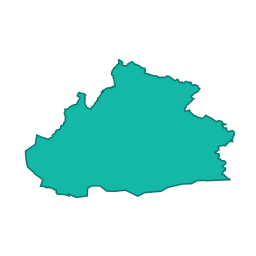 the district of Cengel, Bayan-Ölgiy, Mongolia, rotated 173°
{"feature_id": "93677404B33913875876720", "entity_name": "Cengel", "entity_type": "district", "adm_level": 2, "iso_a3": "MNG", "parent_name": "Mongolia", "parent_adm1": "Bayan-Ölgiy", "projection": "natural_earth1", "projection_center": [88.102, 48.774], "detail": "fine", "context": "isolated", "style": "filled", "palette": "teal", "viewbox_px": 256, "rotation_deg": 173, "n_neighbors": 0, "source": "geoboundaries", "source_scale": "gbopen_adm2", "svg_char_len": 5748}
<svg xmlns="http://www.w3.org/2000/svg" viewBox="0 0 256 256"><g transform="rotate(173 128 128)"><path d="M129.1,196.7L129.1,193.0L130.1,192.7L131.9,191.3L132.7,190.4L134.5,189.2L135.4,187.9L136.6,186.9L136.9,185.8L137.1,185.6L137.6,184.4L137.7,183.1L137.5,182.6L137.4,182.2L136.3,181.3L136.1,180.8L136.6,179.5L136.0,178.4L136.0,173.4L135.4,172.3L135.7,170.6L137.0,171.3L137.7,171.2L138.9,170.7L138.7,170.3L138.2,170.2L138.6,169.7L138.5,170.0L139.4,170.4L139.7,170.4L140.4,169.5L140.6,169.8L140.3,169.9L140.9,170.3L144.6,169.9L147.3,168.5L147.5,167.7L148.3,166.4L148.6,166.7L147.7,168.5L148.4,168.4L149.1,167.6L149.8,167.1L150.6,164.5L151.4,163.9L152.3,162.5L153.7,161.6L154.2,161.6L154.5,160.6L154.5,159.3L155.3,159.3L155.9,158.0L156.9,157.3L156.8,157.6L157.1,157.5L157.3,156.8L158.1,156.1L158.4,155.4L159.0,154.9L159.8,153.9L161.4,153.4L161.7,152.7L162.5,151.7L162.5,151.3L162.9,151.2L163.8,151.7L164.4,152.4L165.7,152.5L166.6,153.9L167.2,155.7L167.8,156.6L167.7,157.9L168.0,159.1L168.0,159.5L167.7,159.7L167.6,160.4L167.3,160.7L167.0,162.3L167.3,162.9L167.1,163.5L167.2,164.4L166.4,165.1L166.1,166.1L166.6,166.6L167.9,167.6L169.9,167.9L171.1,168.5L171.6,169.2L172.8,168.8L173.7,167.8L174.3,166.6L174.4,165.8L172.6,164.7L172.1,164.0L172.0,163.3L175.4,159.4L175.2,157.9L175.6,157.7L176.0,157.9L177.1,157.6L178.4,157.6L181.3,156.9L183.5,155.8L185.2,154.2L188.4,154.2L188.2,152.6L188.6,151.9L189.2,151.3L189.4,150.7L189.3,150.3L189.4,149.8L189.0,148.9L189.1,147.9L188.8,147.7L188.4,146.6L188.9,145.8L188.9,145.4L189.2,144.6L189.2,143.9L189.4,143.4L189.3,142.5L189.6,142.1L190.8,141.5L191.4,140.4L191.2,139.6L191.9,138.7L193.6,138.7L194.1,138.3L194.8,137.2L194.7,136.1L195.0,135.7L195.8,135.2L197.2,134.8L197.9,134.8L199.4,134.5L200.3,133.2L200.4,132.4L202.1,131.1L202.9,130.9L203.9,130.0L204.1,129.8L203.9,128.8L204.0,128.4L204.8,127.9L206.3,127.6L208.6,126.5L214.6,129.3L219.3,132.2L222.0,123.0L232.6,117.6L233.0,108.1L232.4,101.5L227.3,95.9L226.3,94.1L218.9,87.0L222.0,80.7L220.0,80.6L217.9,80.0L217.5,79.4L216.3,78.6L215.6,78.6L214.3,79.2L213.5,78.3L211.6,78.0L208.8,76.2L208.1,75.4L207.4,75.3L207.1,75.0L206.6,74.9L206.6,74.4L207.2,73.2L206.9,71.9L206.4,71.2L205.0,70.5L201.8,70.3L196.8,68.9L194.6,67.7L194.8,69.5L187.8,65.4L176.7,65.6L175.4,73.2L170.9,74.9L163.1,74.1L156.8,68.0L149.0,66.8L138.1,66.6L126.6,59.2L119.3,61.8L102.9,61.2L95.7,64.2L80.7,65.8L71.8,65.0L66.0,67.4L58.2,66.6L57.3,66.2L33.3,64.3L34.1,65.6L35.0,65.0L35.6,65.1L36.0,65.8L35.9,66.8L37.1,68.2L37.6,68.4L37.6,68.7L38.7,70.2L40.2,70.3L40.4,70.7L40.3,71.5L39.1,72.3L39.0,73.1L38.6,73.7L37.9,74.0L37.5,73.8L36.8,73.9L36.7,74.6L36.2,75.1L36.4,75.4L36.3,76.1L36.9,76.9L37.7,76.9L38.4,77.4L38.5,77.9L38.8,78.2L38.4,78.7L38.4,79.3L38.1,79.5L37.1,79.6L36.1,80.1L35.8,80.5L35.8,81.0L35.1,81.8L35.4,82.1L35.6,83.0L36.4,83.6L38.0,84.0L38.6,83.8L39.3,83.8L39.9,85.8L41.3,85.9L41.7,86.3L41.7,86.6L42.5,86.9L42.4,87.3L41.6,87.7L40.7,89.1L40.8,89.6L41.4,90.1L40.7,90.4L40.8,90.8L41.2,91.3L42.8,91.9L43.1,92.3L44.4,92.3L44.9,93.0L44.3,93.9L43.1,94.2L42.3,94.1L41.3,94.9L40.4,95.3L40.5,96.0L40.3,96.9L41.0,98.1L40.6,98.7L38.8,98.9L38.3,99.2L37.9,99.0L36.5,98.9L35.4,99.2L34.6,99.0L33.3,98.4L32.6,99.7L31.1,100.4L30.2,101.6L29.5,102.1L28.7,102.4L28.3,102.1L26.7,102.1L25.7,101.7L25.6,102.1L26.1,102.5L27.0,103.7L25.3,104.4L25.5,105.5L24.6,106.4L24.5,107.0L23.8,107.6L23.0,109.9L23.4,110.4L23.4,111.3L23.7,111.9L24.6,112.6L25.1,112.7L29.2,111.9L29.8,112.9L29.8,113.4L30.2,113.8L30.6,114.7L30.6,115.1L30.3,115.3L30.4,116.0L30.7,116.2L31.8,116.1L33.2,116.4L33.1,116.9L33.5,117.7L34.0,118.5L34.8,118.9L34.4,119.5L33.9,119.6L31.6,119.3L30.6,119.7L31.7,120.0L32.0,120.4L32.6,120.3L33.2,120.8L33.2,121.5L33.9,121.9L33.7,122.3L33.8,122.7L35.0,123.5L35.8,123.9L36.9,124.0L37.5,124.3L37.9,123.6L38.9,123.3L39.8,124.1L41.2,124.4L41.5,125.5L42.9,126.1L43.3,127.0L44.6,127.9L45.6,128.2L46.2,129.0L47.8,129.9L48.2,130.5L49.4,131.1L50.6,130.0L50.7,129.6L52.6,128.5L54.0,128.5L54.8,129.3L56.0,129.5L56.6,130.0L57.9,130.3L58.0,130.6L58.5,130.8L58.8,131.4L59.3,131.7L60.3,132.1L61.2,132.0L61.4,133.1L63.3,135.0L64.3,136.7L64.5,137.7L65.1,138.4L67.3,137.6L69.4,137.9L69.8,138.3L69.2,139.6L69.3,140.4L67.6,141.8L67.7,142.5L67.0,143.6L65.2,144.2L64.6,144.8L64.6,145.4L62.3,146.5L61.3,147.4L60.8,147.5L60.3,148.7L59.3,149.0L60.4,149.5L60.8,150.5L61.6,151.4L61.5,152.2L60.7,152.5L59.9,152.5L59.6,153.1L57.5,154.6L56.5,154.6L55.5,155.2L55.0,155.2L54.8,155.6L53.9,155.9L53.8,156.5L51.9,158.2L53.4,159.6L53.9,161.6L54.9,161.9L55.5,162.5L56.0,162.7L56.7,162.7L57.6,162.3L58.7,163.1L59.7,163.5L59.8,164.7L59.6,165.1L60.4,165.8L60.8,166.0L62.1,165.5L64.4,167.1L65.7,166.5L66.4,166.6L66.7,166.2L67.6,165.9L68.3,166.0L68.5,166.7L69.2,167.2L70.0,166.6L70.6,166.5L71.0,166.8L71.1,167.2L71.9,167.6L71.9,168.4L72.2,169.5L73.1,170.3L75.2,169.4L76.7,169.3L76.6,169.7L77.0,170.7L77.4,171.0L77.9,171.0L78.9,172.5L80.0,173.4L80.6,173.7L81.0,174.3L83.2,174.9L83.7,174.2L85.0,174.0L85.5,173.6L86.4,173.7L87.2,174.2L88.0,174.2L88.6,174.5L89.9,173.9L90.6,174.2L91.2,174.1L91.5,175.2L92.4,175.4L93.1,176.1L95.5,176.6L96.5,176.6L96.8,177.1L98.4,177.4L99.2,178.4L100.3,178.3L100.9,178.7L101.5,178.6L101.6,179.1L102.2,179.6L103.7,179.9L105.0,181.0L104.5,181.3L104.3,182.1L104.0,182.5L103.6,182.8L103.5,183.1L104.1,183.7L104.2,184.2L103.9,184.8L104.3,185.2L104.9,185.6L105.7,185.5L106.3,185.7L107.7,186.9L108.1,187.1L108.6,187.8L109.5,188.6L110.8,189.1L111.8,190.0L114.0,190.8L115.4,193.0L116.2,193.1L117.4,192.8L117.7,192.5L118.7,192.4L119.7,191.6L120.5,191.5L120.9,190.9L120.8,190.3L121.7,189.7L122.6,189.8L123.6,190.3L124.6,190.2L125.3,190.7L125.9,190.8L125.9,191.5L126.5,192.1L126.4,192.8L125.3,193.3L125.3,193.9L126.6,195.2L127.3,195.5L127.9,196.5L128.5,196.8L129.1,196.7Z" fill="#14b8a6" stroke="#0f766e" stroke-width="1.5"/></g></svg>